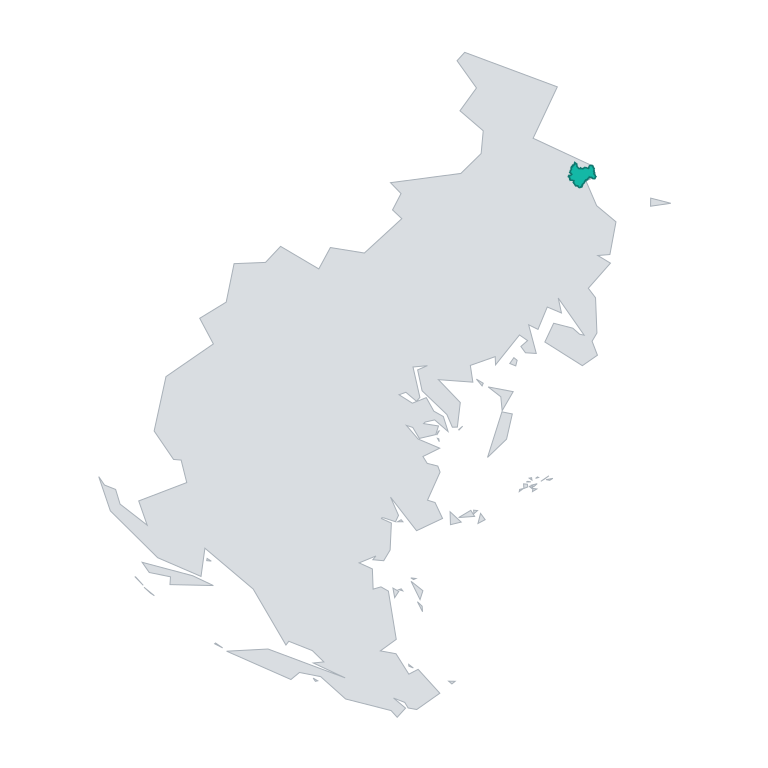 Russia, with Bryansk highlighted, rotated 181°
{"feature_id": "RUS-2342", "entity_name": "Bryansk", "entity_type": "Region", "adm_level": 1, "iso_a3": "RUS", "parent_name": "Russia", "parent_adm1": "", "projection": "orthographic", "projection_center": [33.801, 52.93], "detail": "fine", "context": "in_parent", "style": "filled", "palette": "teal", "viewbox_px": 768, "rotation_deg": 181, "n_neighbors": 0, "source": "natural_earth", "source_scale": "10m", "svg_char_len": 8058}
<svg xmlns="http://www.w3.org/2000/svg" viewBox="0 0 768 768"><g transform="rotate(181 384 384)"><path d="M655.4,252.4L667.6,286.4L661.7,278.1L650.5,273.9L645.8,259.3L618.3,238.7L627.2,262.8L579.5,282.0L585.5,304.4L593.1,304.9L613.0,333.0L602.1,387.6L555.3,421.1L569.4,446.5L543.2,463.1L536.0,501.7L504.6,503.5L489.8,519.8L451.2,497.9L440.0,519.5L405.9,514.6L369.1,549.6L378.5,558.2L370.3,574.7L381.0,585.4L310.8,595.9L290.9,616.1L289.2,638.9L312.8,658.5L296.7,681.6L316.6,708.5L309.1,717.0L215.9,684.1L239.2,632.3L178.9,605.5L175.8,595.0L185.7,590.7L174.5,566.0L154.9,550.2L160.4,517.4L172.5,516.2L159.7,508.8L181.4,483.3L174.0,473.9L172.0,438.7L176.7,430.4L171.1,416.5L186.0,405.8L223.9,428.8L215.4,447.7L196.2,443.1L189.3,437.2L184.7,436.3L211.3,473.0L207.8,458.1L222.1,463.8L231.0,441.3L240.4,445.7L232.3,417.2L243.1,417.7L247.8,423.9L241.2,429.9L249.4,435.4L272.8,405.1L273.3,413.3L298.0,404.1L295.2,387.4L329.7,389.3L307.4,366.8L309.9,342.2L314.9,342.0L320.6,354.6L345.8,377.9L350.6,398.7L340.9,403.1L355.3,401.5L347.9,371.2L351.2,367.3L362.0,376.1L368.8,373.5L355.3,365.3L341.5,371.1L333.7,357.7L324.1,352.5L319.1,337.6L332.7,349.0L342.1,346.7L343.7,345.1L328.8,343.0L331.4,334.3L347.7,330.2L354.5,341.1L360.9,343.0L349.0,329.6L327.2,320.8L343.8,312.2L339.4,305.4L328.8,302.9L326.4,296.9L338.5,268.6L330.9,266.4L323.1,250.6L348.9,237.9L375.5,271.0L367.2,252.9L370.1,246.5L381.7,250.1L383.7,250.3L384.2,249.4L374.2,245.1L375.0,218.1L381.2,207.3L392.1,208.1L389.1,211.9L405.8,204.7L392.4,198.9L391.3,178.7L383.5,181.1L376.0,177.0L367.3,128.9L383.0,117.1L367.3,114.5L354.1,94.3L344.9,99.3L322.8,75.8L345.6,59.1L354.2,60.5L357.7,66.0L369.0,70.2L356.8,60.3L365.0,51.0L371.2,57.6L416.9,68.4L442.2,90.3L463.5,94.1L471.9,86.9L536.7,114.1L495.3,117.0L417.7,89.5L449.8,103.8L439.3,105.1L451.0,116.2L474.7,125.1L477.5,121.3L511.2,176.7L560.2,216.7L563.6,188.4L607.3,206.4L655.4,252.4ZM279.2,312.4L265.6,358.2L255.2,356.3L260.5,331.0L279.2,312.4ZM551.1,179.5L594.5,179.7L594.1,187.5L615.4,191.4L622.7,201.5L571.8,188.9L551.1,179.5ZM254.7,378.6L265.4,359.4L267.0,373.3L279.8,382.9L254.7,378.6ZM353.5,187.2L341.5,178.0L344.2,169.1L353.5,187.2ZM291.1,253.2L307.0,251.8L295.0,259.2L291.1,253.2ZM280.5,250.1L287.6,246.2L285.2,256.3L280.5,250.1ZM304.4,247.3L315.1,244.5L315.7,257.4L304.4,247.3ZM346.8,166.9L342.0,162.5L341.5,157.0L346.8,166.9ZM100.4,569.7L120.6,566.4L120.6,574.5L100.4,569.7ZM221.4,292.1L225.5,289.4L217.5,295.1L221.4,292.1ZM365.6,176.9L369.6,170.6L371.5,180.1L365.6,176.9ZM258.6,406.7L254.6,412.6L251.3,410.0L252.6,404.4L258.6,406.7ZM229.1,287.0L232.3,284.1L235.3,285.3L229.1,287.0ZM242.3,282.0L242.7,286.6L238.9,286.3L238.4,283.6L242.3,282.0ZM246.5,281.0L242.9,281.9L246.9,278.8L246.5,281.0ZM285.9,383.8L291.7,390.5L284.8,386.5L285.9,383.8ZM291.8,255.9L292.2,259.4L288.3,259.1L291.8,255.9ZM229.4,281.7L233.7,279.0L233.3,282.2L229.4,281.7ZM310.9,85.3L314.2,88.0L307.7,88.0L310.9,85.3ZM216.6,290.6L220.3,291.2L213.5,292.6L216.6,290.6ZM308.5,339.7L304.6,343.2L308.2,339.3L308.5,339.7ZM362.7,246.6L368.0,246.5L364.5,248.6L362.7,246.6ZM349.7,100.6L354.2,102.3L354.4,104.1L349.7,100.6ZM238.6,289.2L235.5,288.7L240.0,288.5L238.6,289.2ZM234.3,282.1L237.1,284.2L233.4,283.5L234.3,282.1ZM609.9,168.3L613.8,170.8L620.4,176.6L609.9,168.3ZM234.4,290.5L237.2,292.4L234.8,292.9L234.4,290.5ZM330.4,333.8L328.9,337.7L328.0,338.0L330.4,333.8ZM447.4,85.5L449.7,88.7L445.1,86.1L447.4,85.5ZM361.6,177.5L365.7,178.6L363.2,179.5L361.6,177.5ZM553.6,203.9L558.2,204.3L557.8,206.5L553.6,203.9ZM540.7,117.3L548.8,121.3L547.9,122.1L540.7,117.3ZM230.8,292.3L228.9,293.8L227.8,293.2L230.8,292.3ZM327.7,327.3L329.6,330.6L328.3,330.2L327.7,327.3ZM351.0,189.0L353.8,190.6L348.7,190.1L351.0,189.0ZM628.8,186.6L621.2,178.5L629.8,187.1L628.8,186.6Z" fill="#d9dde1" stroke="#a8b0b8" stroke-width="1"/><path d="M185.6,591.7L185.8,591.6L185.7,591.3L185.8,590.5L186.0,590.5L186.4,590.5L186.5,590.4L186.6,590.5L187.1,589.8L187.1,589.7L187.0,589.3L187.0,589.1L187.2,588.7L187.4,588.5L187.8,588.3L188.1,587.8L188.6,587.3L188.8,587.2L189.0,587.2L189.2,586.8L189.2,586.7L189.1,586.4L189.3,586.4L189.5,586.3L189.6,586.2L189.6,585.8L189.5,585.6L189.4,585.5L189.4,585.4L189.5,585.1L189.5,584.9L189.4,584.7L189.5,584.6L189.8,584.6L189.9,584.4L190.1,584.3L190.5,584.3L190.3,584.6L190.7,584.6L190.9,584.5L190.9,584.4L190.7,584.2L190.8,584.1L191.1,584.0L191.4,583.9L191.6,583.8L191.9,583.8L192.1,583.8L192.3,583.8L193.0,584.3L193.3,584.9L193.3,585.0L193.4,585.3L193.5,585.5L193.8,585.6L194.1,585.3L194.4,585.4L194.5,585.5L194.8,585.7L195.1,585.6L195.4,585.4L195.5,585.4L195.8,585.4L195.9,585.5L195.9,586.0L196.0,586.1L196.3,586.1L196.6,586.5L196.8,586.8L196.9,587.1L197.0,587.3L197.3,587.6L197.6,587.8L197.9,588.5L198.1,588.7L197.9,588.8L197.7,589.1L197.7,589.3L197.8,589.4L197.9,589.5L198.0,589.9L198.1,590.1L198.0,590.3L197.9,590.4L197.8,590.6L198.4,590.6L198.5,590.6L198.7,590.8L198.9,591.0L199.0,591.0L200.3,591.0L200.9,591.1L201.0,591.1L201.3,591.0L201.3,591.3L201.3,591.6L201.3,592.0L201.6,591.9L201.9,591.9L202.0,592.3L202.0,592.6L202.0,592.8L202.1,593.3L202.0,593.7L202.0,593.8L202.4,594.2L202.5,594.2L203.2,594.3L203.3,594.5L203.3,594.8L203.2,595.1L202.8,595.2L202.7,595.2L202.7,595.4L202.4,595.4L202.4,595.2L202.2,595.3L202.3,595.6L202.4,595.8L202.1,595.8L201.8,595.9L201.7,595.8L201.4,595.9L201.3,595.7L201.1,595.7L201.1,595.8L201.0,596.0L200.7,596.2L200.5,596.3L200.3,596.5L200.3,596.8L199.9,597.0L200.1,597.2L200.5,597.9L200.8,597.8L201.0,597.9L201.1,598.0L201.4,598.1L201.5,598.3L201.5,598.5L202.0,598.8L201.7,599.3L201.4,599.3L201.3,599.5L201.4,599.8L201.4,600.4L201.4,600.8L201.3,601.0L201.2,601.1L200.8,601.1L200.7,601.2L200.6,601.4L200.3,601.9L200.3,602.0L200.3,602.3L200.4,602.6L200.5,602.7L200.8,603.0L200.8,603.3L200.6,603.6L200.4,603.9L200.4,604.0L200.5,604.0L200.3,604.6L200.1,604.7L199.9,604.7L199.9,604.4L199.5,604.3L199.2,604.5L199.1,604.9L199.1,605.0L199.3,605.1L199.4,605.3L199.4,605.5L199.4,605.9L199.2,606.1L198.9,606.1L198.8,606.3L198.7,606.4L198.4,606.4L198.2,606.1L197.9,606.4L197.3,606.7L197.2,606.9L197.0,607.3L196.9,607.6L197.2,607.7L197.3,607.8L197.5,607.9L197.5,608.0L197.2,608.2L197.2,608.3L197.2,608.5L197.1,608.8L196.8,608.5L196.6,608.3L196.4,608.2L196.2,608.2L195.9,607.8L195.7,607.5L195.5,607.4L195.2,607.4L195.2,607.1L195.2,606.9L195.1,606.7L194.9,606.3L194.9,605.6L195.0,605.4L195.0,605.1L194.8,604.7L194.6,604.6L194.2,604.3L194.1,604.2L193.9,603.8L193.8,603.6L193.5,603.4L193.4,603.3L193.3,603.1L193.2,602.9L192.6,602.7L192.3,602.8L191.7,603.1L191.2,603.6L191.0,603.4L191.0,603.0L190.9,602.8L190.6,603.0L190.2,602.8L189.6,602.8L188.9,602.6L188.7,602.7L188.4,603.0L188.2,603.1L188.2,603.3L187.9,603.3L187.0,604.0L186.9,604.1L186.6,603.9L186.3,603.8L185.8,603.9L185.6,603.9L184.3,603.2L183.9,603.3L183.4,603.0L183.1,603.1L183.0,603.5L183.1,603.8L183.1,604.1L182.9,604.2L182.8,604.4L182.7,605.1L182.5,605.6L182.2,605.8L181.2,606.2L180.7,606.1L180.4,606.1L180.0,606.3L179.9,606.3L179.8,606.2L179.8,605.9L179.7,605.7L179.3,605.5L178.9,605.5L178.9,605.2L178.9,604.9L178.5,604.5L178.4,604.4L178.4,604.2L178.4,603.9L178.5,603.8L178.4,603.7L178.0,603.6L177.8,603.4L177.6,603.1L177.8,602.9L177.9,602.7L177.9,602.4L177.8,602.0L177.8,601.7L177.8,601.4L177.8,601.1L177.7,601.0L177.6,600.9L177.6,600.7L178.0,600.5L178.1,600.4L177.8,600.0L177.7,599.9L177.5,599.4L177.2,599.0L177.1,598.8L177.6,598.6L177.8,598.4L177.8,597.9L177.7,597.7L177.5,597.4L177.4,597.2L177.2,596.9L176.8,596.7L176.6,596.5L176.5,596.2L176.3,595.7L176.2,595.5L175.7,595.0L175.8,594.9L176.2,594.3L176.4,594.3L176.5,594.2L176.5,593.7L176.6,593.1L176.9,592.9L177.2,593.0L177.6,593.0L178.0,592.9L178.7,593.1L179.1,593.1L179.3,593.4L179.4,593.8L179.5,594.0L179.8,594.0L180.2,594.3L180.4,594.3L180.5,594.3L180.7,594.2L180.9,594.2L181.4,594.4L181.6,594.4L181.9,594.3L182.1,594.2L182.2,594.3L182.2,594.2L182.3,594.1L182.3,593.9L182.7,594.0L182.9,593.8L183.0,593.5L183.3,593.3L183.6,593.2L184.0,592.7L184.1,592.3L184.0,592.2L183.9,592.1L184.0,592.0L184.2,591.9L184.3,592.0L184.5,592.1L184.8,592.0L184.9,591.9L184.8,591.7L185.3,591.6L185.6,591.7Z" fill="#14b8a6" stroke="#0f766e" stroke-width="1.5"/></g></svg>